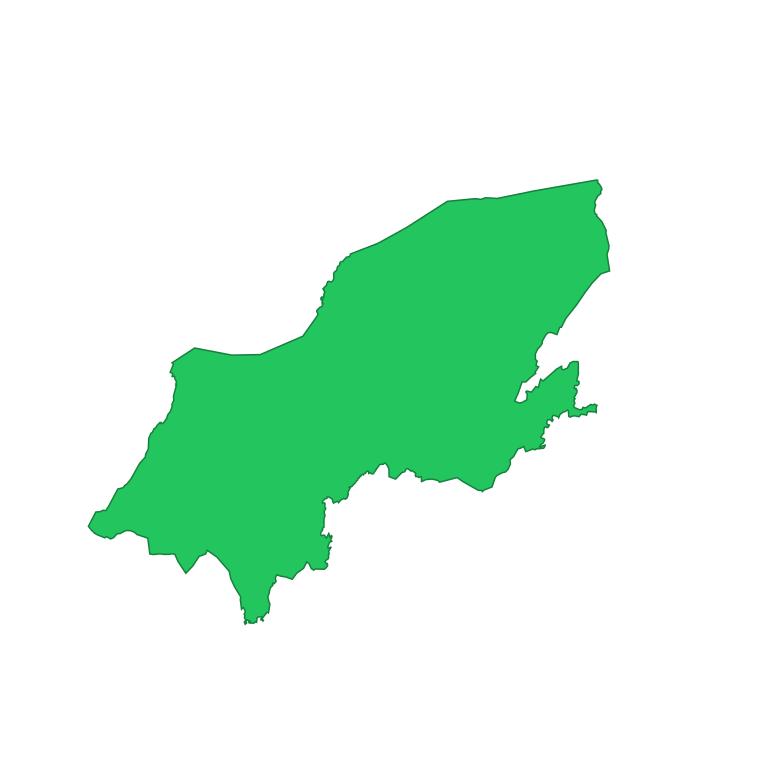 Medumu pag., Daugavpils, Latvia, rotated 116°
{"feature_id": "27541924B97158301114039", "entity_name": "Medumu pag.", "entity_type": "district", "adm_level": 2, "iso_a3": "LVA", "parent_name": "Latvia", "parent_adm1": "Daugavpils", "projection": "equal_earth", "projection_center": [26.374, 55.776], "detail": "fine", "context": "isolated", "style": "filled", "palette": "green", "viewbox_px": 768, "rotation_deg": 116, "n_neighbors": 0, "source": "geoboundaries", "source_scale": "gbopen_adm2", "svg_char_len": 6171}
<svg xmlns="http://www.w3.org/2000/svg" viewBox="0 0 768 768"><g transform="rotate(116 384 384)"><path d="M576.6,356.3L574.0,355.3L571.8,355.1L570.3,356.2L570.2,358.4L569.3,359.0L568.3,359.1L565.8,357.6L564.6,357.5L562.6,358.7L560.5,358.9L558.7,360.4L554.1,360.0L554.0,360.5L556.1,362.1L555.2,363.1L550.2,363.6L548.3,362.0L547.7,363.5L543.8,363.9L543.3,364.6L545.1,365.2L545.4,365.7L543.8,366.6L542.5,368.1L547.7,368.2L547.5,369.1L546.1,370.9L546.2,372.1L547.5,373.3L547.6,374.5L547.1,375.0L544.5,375.7L542.3,375.1L540.7,376.0L539.1,375.2L531.1,379.0L528.3,379.2L525.3,381.8L521.3,381.8L520.7,383.2L517.2,384.7L517.0,385.5L517.9,387.0L516.8,387.8L513.4,386.9L511.9,385.2L510.8,385.7L509.7,384.0L510.2,379.8L512.1,378.6L513.2,377.2L510.1,374.8L509.9,374.0L510.6,372.8L507.3,372.0L504.7,370.1L504.4,368.1L502.3,367.2L498.5,367.8L497.3,369.0L492.8,368.8L492.2,369.3L492.2,370.0L491.8,370.0L491.1,369.5L491.2,368.7L489.7,367.7L487.5,367.4L486.6,366.7L483.1,366.2L482.1,365.6L479.8,365.9L479.1,365.0L477.2,365.1L476.9,364.4L475.9,364.5L474.9,363.9L474.7,362.6L473.4,362.6L472.4,361.6L469.9,361.1L469.3,360.4L469.3,359.6L471.1,358.5L469.7,357.5L470.2,355.9L469.5,354.3L458.2,352.6L456.4,349.4L455.0,349.0L454.7,348.2L455.3,346.0L458.2,342.3L465.1,338.8L464.4,331.9L456.0,329.2L453.7,326.9L451.0,326.8L449.6,325.7L450.5,321.5L449.5,320.7L450.4,316.3L452.2,315.9L453.3,314.9L452.5,313.0L452.8,311.7L451.3,310.6L451.1,309.7L455.2,307.6L455.1,307.2L451.5,304.4L448.3,299.0L447.0,292.9L447.8,291.8L447.8,290.9L436.1,277.3L437.1,270.5L438.2,253.6L438.1,252.5L437.0,249.6L437.6,248.4L435.4,247.6L429.2,241.8L419.5,243.0L416.6,242.4L411.9,238.8L409.8,236.2L406.4,235.1L400.5,235.3L396.8,237.5L392.5,235.7L383.4,235.2L382.3,233.5L378.9,231.0L382.6,227.0L382.4,226.6L377.2,221.7L377.0,219.6L375.0,218.0L373.8,215.4L372.6,214.2L372.4,213.1L371.3,212.2L369.3,212.0L368.2,212.5L370.9,215.0L372.3,215.5L372.5,216.7L369.7,216.4L367.2,215.1L363.8,215.0L363.1,216.0L363.4,217.9L363.3,219.6L359.9,219.5L358.5,218.7L354.5,220.5L352.8,220.6L351.7,220.1L351.2,218.7L351.7,218.5L351.3,217.6L348.6,217.2L348.3,217.7L348.6,219.3L348.1,220.5L345.3,221.3L344.5,221.1L343.6,219.8L343.4,217.8L344.0,216.5L342.2,216.2L341.0,218.2L338.2,218.3L337.7,217.6L337.2,213.2L337.8,212.2L334.3,212.5L330.9,210.7L329.4,209.1L327.0,207.7L327.0,207.0L327.4,206.5L332.1,203.7L332.3,203.0L332.0,201.9L330.4,200.8L328.8,198.1L328.0,194.4L324.8,193.6L323.3,189.3L323.3,188.3L319.6,188.8L319.3,188.4L316.6,182.1L316.6,180.7L312.2,183.0L309.8,183.2L309.8,186.0L311.7,187.3L311.6,189.1L317.2,192.4L317.7,194.9L319.9,194.8L321.4,197.0L321.7,202.6L321.4,203.0L320.0,204.1L317.5,204.0L315.8,206.0L313.5,205.8L313.3,207.1L307.0,206.9L304.8,207.9L304.8,209.3L303.8,209.4L304.4,211.2L301.8,211.9L300.5,209.5L298.3,208.8L296.3,209.8L296.6,212.3L289.9,213.6L280.3,218.4L278.8,219.5L280.9,223.9L283.6,226.0L289.4,226.2L292.7,229.2L292.7,230.8L290.2,232.2L294.9,235.4L311.5,242.3L311.0,245.4L319.5,243.8L319.7,246.4L326.6,247.8L327.7,252.7L329.0,253.0L330.2,250.8L335.6,248.7L340.0,251.8L341.9,254.2L342.0,259.1L333.2,259.4L321.6,260.8L319.9,257.4L314.0,255.2L307.9,252.3L307.1,253.4L300.8,252.5L300.8,255.3L298.0,256.2L296.3,256.2L295.6,258.6L290.7,261.1L285.1,261.2L280.8,259.8L278.0,259.6L276.0,260.5L268.8,260.1L266.0,259.0L264.4,256.3L263.8,250.2L256.0,250.9L255.2,249.4L245.4,249.3L228.6,245.6L212.9,243.3L201.7,241.1L189.8,237.3L183.5,230.8L169.7,240.4L164.2,241.2L161.1,242.4L150.8,250.9L148.6,251.6L142.5,259.4L139.8,266.6L138.6,266.9L138.2,269.2L135.4,271.3L130.3,272.2L128.8,274.1L127.3,274.5L121.5,274.3L117.8,272.6L115.8,273.8L113.8,273.4L112.4,274.4L110.9,276.5L109.5,279.2L109.8,279.6L109.5,280.3L107.2,281.2L107.4,282.3L145.6,335.0L167.5,363.4L172.1,374.4L175.6,377.8L177.3,383.0L192.0,407.1L233.6,432.4L260.2,451.1L281.8,471.1L284.5,470.8L286.5,473.4L291.9,474.9L293.4,476.6L294.8,476.7L296.5,476.0L299.2,477.2L302.4,476.4L305.4,477.7L306.8,477.7L311.1,475.3L313.5,475.2L315.4,476.1L315.8,477.3L315.7,478.4L316.8,479.5L320.5,479.0L325.3,480.6L325.5,479.5L326.3,479.1L326.9,477.7L330.0,477.3L332.1,476.2L333.0,476.3L332.8,477.5L333.2,478.2L334.9,478.3L335.9,477.3L334.9,476.7L335.1,476.0L337.9,475.5L338.6,474.9L338.1,474.2L338.4,473.9L339.7,474.2L341.5,473.7L343.5,475.4L347.3,476.6L348.5,476.2L349.7,474.2L351.7,473.8L376.6,477.9L411.8,508.1L424.8,533.5L434.7,570.0L457.9,583.8L458.3,582.3L458.8,581.9L467.3,581.3L467.1,579.1L468.0,578.0L469.9,577.9L470.2,577.3L468.9,575.8L469.1,575.4L471.1,574.1L472.9,571.5L475.2,571.1L475.4,570.5L476.4,570.6L476.4,570.0L487.5,567.8L490.6,565.8L495.5,565.6L497.4,564.4L502.6,564.0L506.5,564.9L509.8,564.3L515.3,565.0L517.3,566.6L517.2,567.2L516.3,567.6L516.9,568.6L521.2,569.9L523.0,569.9L525.2,571.1L528.9,571.0L530.7,571.9L536.1,571.6L545.8,567.3L551.3,567.5L554.5,566.5L562.3,568.8L579.9,569.8L587.0,571.3L588.0,572.2L591.8,573.2L595.0,577.2L614.3,577.9L619.8,578.6L620.6,581.1L623.1,583.1L625.4,586.9L641.5,587.3L643.9,582.3L644.6,579.0L645.0,579.0L645.2,575.4L644.6,567.4L642.8,566.5L643.1,561.8L640.7,559.7L635.6,558.2L634.1,555.6L629.6,552.4L628.4,550.9L626.8,547.0L626.7,543.1L627.6,540.1L626.1,528.7L639.4,520.0L638.5,516.8L634.8,510.8L633.6,507.1L631.2,502.3L629.6,500.3L628.7,497.3L633.8,491.4L641.0,479.1L631.5,476.1L620.0,474.6L615.0,469.8L611.0,470.0L612.8,458.3L620.2,441.0L626.1,436.4L631.8,429.4L638.0,419.7L641.3,418.3L648.9,413.3L646.6,412.5L646.9,411.6L649.1,409.2L650.1,408.6L651.6,408.9L652.5,408.5L652.8,407.8L655.1,407.0L656.6,405.2L656.5,404.6L659.2,405.2L660.8,403.5L659.0,402.7L657.7,403.9L656.3,403.9L655.9,402.8L656.5,401.6L655.7,400.5L656.9,400.2L657.7,400.8L657.9,400.4L656.2,396.5L655.4,395.7L654.0,395.2L654.0,394.1L649.7,395.6L648.4,394.9L646.9,391.4L647.6,390.8L649.2,391.6L649.9,391.4L649.7,390.0L650.1,388.9L649.5,388.7L648.4,390.4L647.5,390.6L641.0,389.2L640.3,388.5L640.4,387.5L631.7,390.1L630.3,391.9L626.3,395.1L622.2,395.5L618.6,396.6L615.9,396.6L614.2,395.7L612.4,396.6L611.6,396.5L611.9,395.4L609.0,394.4L605.8,396.7L602.6,396.8L601.9,392.2L600.5,387.7L599.7,380.8L592.3,379.5L585.0,375.5L577.7,375.4L578.6,372.2L581.9,368.3L581.7,366.7L582.2,365.8L580.2,364.3L576.6,356.3Z" fill="#22c55e" stroke="#15803d" stroke-width="1.5"/></g></svg>